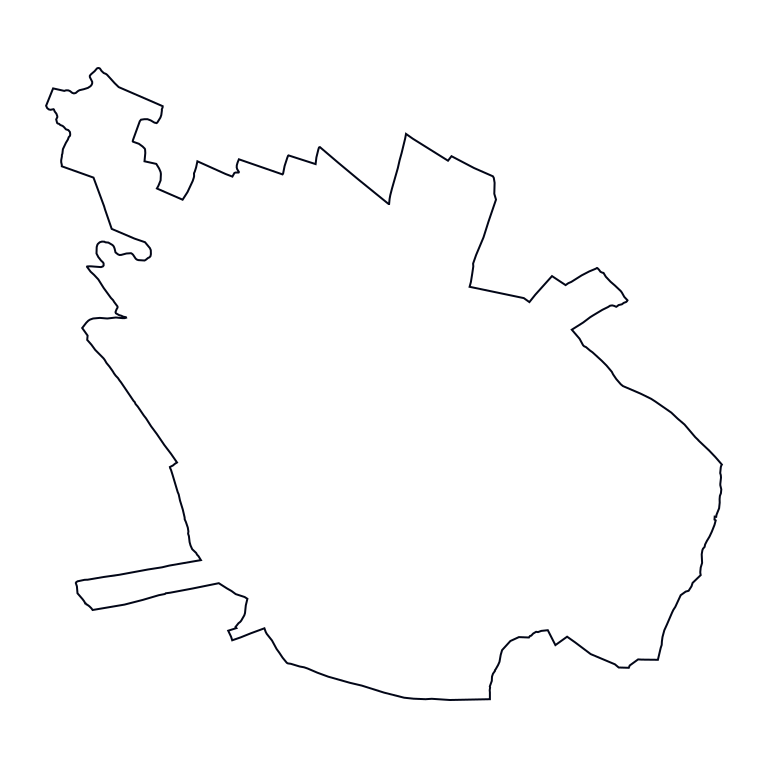 outline of Balasesti, Galati, Romania
{"feature_id": "2599482B78270721119928", "entity_name": "Balasesti", "entity_type": "district", "adm_level": 2, "iso_a3": "ROU", "parent_name": "Romania", "parent_adm1": "Galati", "projection": "equal_earth", "projection_center": [27.624, 46.103], "detail": "fine", "context": "isolated", "style": "outline", "palette": "ink", "viewbox_px": 768, "rotation_deg": 0, "n_neighbors": 0, "source": "geoboundaries", "source_scale": "gbopen_adm2", "svg_char_len": 5997}
<svg xmlns="http://www.w3.org/2000/svg" viewBox="0 0 768 768"><path d="M287.9,663.4L290.8,663.8L299.7,666.5L304.1,667.3L307.6,668.5L317.4,672.7L328.3,676.7L349.9,682.8L361.8,685.6L384.0,692.6L404.1,697.7L413.6,698.7L425.5,699.2L431.8,698.8L449.9,700.0L489.9,699.2L489.9,692.4L489.7,690.2L490.1,687.5L489.8,686.5L491.8,680.9L492.0,676.6L493.0,673.7L495.0,670.9L494.9,670.3L495.6,669.4L498.1,665.0L499.5,661.8L500.7,654.9L502.1,650.1L510.4,641.0L518.9,637.1L528.9,637.5L530.0,636.0L531.3,635.6L533.1,633.6L536.1,631.8L538.0,632.1L541.3,630.9L547.8,630.2L555.4,645.1L567.1,636.7L575.3,642.5L590.7,654.1L614.9,664.3L618.7,667.5L628.8,667.8L629.7,665.5L638.1,659.4L641.5,659.6L657.9,659.8L660.7,647.9L661.7,644.9L661.9,641.4L662.5,637.0L664.3,630.3L666.9,624.6L672.1,612.5L673.4,609.8L675.3,606.9L680.7,595.2L685.7,591.6L688.6,590.8L691.5,586.3L692.6,582.9L700.7,575.1L700.3,572.9L700.3,571.7L700.7,567.6L702.1,562.9L701.7,554.3L702.4,550.2L703.0,548.7L704.6,546.9L705.1,544.5L706.8,541.1L709.5,536.6L711.8,531.7L714.5,524.9L715.7,520.4L714.5,519.6L714.7,516.6L716.2,516.8L716.5,514.8L719.1,508.3L719.7,502.7L719.6,499.2L719.9,495.9L720.9,493.3L721.3,489.4L720.3,485.2L720.3,483.9L721.0,477.6L720.8,475.1L720.2,473.1L720.8,467.2L721.3,465.5L721.9,464.6L715.4,457.1L709.3,450.7L698.4,440.4L698.4,440.2L695.2,437.1L684.5,424.5L677.7,418.7L671.3,412.6L655.3,401.5L651.1,398.8L640.5,393.6L623.0,386.1L620.8,384.3L616.3,379.1L613.1,374.4L611.8,371.8L606.5,365.5L601.7,360.7L592.5,352.3L590.1,350.6L586.0,347.1L584.2,346.3L583.5,345.7L583.0,345.1L579.6,338.8L571.8,329.7L583.2,322.5L590.2,317.2L592.9,315.5L602.4,309.8L608.1,307.0L610.1,305.7L612.2,305.4L614.2,305.9L616.2,306.8L617.4,306.1L618.5,305.1L621.9,304.3L623.7,302.9L626.1,302.0L626.9,301.3L627.5,300.3L624.3,296.9L621.9,292.6L620.8,291.1L614.9,285.5L610.6,281.8L605.8,276.7L603.5,272.9L602.4,272.7L600.5,271.8L598.9,269.6L597.4,268.1L596.9,268.0L595.8,268.7L589.3,271.4L581.6,275.4L571.3,281.9L568.3,283.2L565.6,285.1L552.0,276.1L535.3,294.7L529.4,302.1L523.8,298.1L469.6,286.8L470.9,282.0L472.2,273.9L473.3,266.4L473.1,263.6L476.1,255.0L483.5,237.4L488.5,221.6L496.0,199.6L494.3,193.8L494.6,182.8L493.8,177.9L492.9,176.3L474.0,168.0L451.5,156.2L448.0,160.7L412.8,138.7L406.0,133.9L405.2,138.3L401.6,153.1L399.6,160.3L397.8,168.2L392.0,188.5L390.3,195.1L389.6,198.9L389.1,204.0L388.6,204.0L358.5,179.6L338.2,162.7L319.9,147.1L319.0,147.5L318.4,149.3L316.4,157.4L315.6,164.1L288.5,155.4L288.1,155.7L287.3,157.7L284.6,166.0L283.1,173.6L282.5,174.4L238.9,159.3L237.6,162.5L236.8,165.3L236.7,167.4L237.2,169.2L238.9,172.0L238.6,172.5L235.6,172.5L234.4,173.0L232.4,176.6L225.6,174.0L197.4,161.3L196.1,167.4L194.8,171.5L194.0,173.3L194.1,176.1L193.8,177.6L192.7,181.0L187.5,192.1L182.6,199.7L156.9,188.5L158.4,185.8L160.6,180.4L160.9,174.0L160.6,172.0L159.1,168.5L156.3,163.9L144.5,161.3L145.3,153.0L145.1,149.8L144.8,148.7L142.6,146.5L138.9,143.8L133.0,141.7L132.7,141.2L133.1,139.7L139.8,121.2L141.0,119.7L144.4,119.2L147.5,119.2L150.7,120.4L154.4,122.6L156.6,123.1L157.4,122.4L160.4,117.6L161.3,115.0L161.9,110.5L161.8,109.4L162.6,107.4L162.7,106.2L118.7,87.1L114.6,83.1L107.1,74.8L105.9,73.9L103.7,73.0L101.5,70.9L100.0,68.6L98.8,68.0L97.7,68.1L96.9,68.5L94.6,71.2L91.1,74.2L89.9,75.6L89.8,76.2L89.9,77.2L92.2,81.8L92.2,83.3L91.7,84.7L90.5,86.2L87.9,87.9L83.8,89.2L79.5,90.2L77.8,91.2L75.7,93.0L73.9,93.4L72.3,92.9L70.0,91.1L68.4,90.4L66.1,90.3L64.3,90.9L53.1,88.4L46.1,105.8L47.2,108.1L48.8,109.4L50.5,109.8L53.5,109.2L53.9,109.5L54.7,111.5L56.4,113.7L57.3,116.2L57.3,117.2L56.2,119.4L57.1,122.9L57.8,123.5L59.1,123.9L60.3,125.0L62.6,125.9L64.0,127.1L65.9,129.3L68.3,130.1L69.8,131.8L70.1,133.0L70.2,134.9L69.9,135.9L68.7,137.2L67.9,139.5L65.9,142.8L62.9,149.2L62.4,153.6L61.9,155.0L61.9,156.4L61.2,160.2L61.2,162.2L61.8,164.9L61.8,166.3L93.5,177.6L104.1,206.3L105.0,209.4L111.7,228.9L134.5,238.6L145.0,242.2L149.9,248.1L150.8,250.2L150.9,254.1L150.5,256.1L149.5,257.3L148.0,258.0L145.8,259.8L144.6,260.5L138.3,260.1L136.9,259.6L135.7,258.7L133.1,254.8L132.2,253.9L131.0,253.2L126.4,253.5L121.2,254.9L119.5,255.0L117.9,254.3L115.5,252.4L114.6,248.6L114.0,247.0L113.3,245.8L112.3,244.9L108.4,242.6L105.4,242.3L104.3,241.7L101.9,241.6L99.7,242.3L97.9,243.9L97.4,244.7L96.7,247.0L96.5,253.5L98.4,257.2L99.4,258.4L100.9,260.4L103.2,262.6L103.6,263.6L103.6,265.5L102.9,266.4L101.0,267.1L90.5,266.3L87.7,266.4L87.1,266.5L87.0,266.8L90.6,271.7L94.1,274.9L98.3,279.4L103.7,288.0L110.9,297.9L113.1,300.2L114.1,301.9L117.4,306.3L117.6,307.0L117.5,307.7L116.5,309.4L115.5,312.1L115.9,313.3L119.1,315.1L121.2,315.7L123.3,316.7L125.9,317.2L126.1,317.7L124.8,318.1L122.1,318.1L115.9,317.5L107.3,318.5L99.8,317.9L93.1,318.5L90.0,319.6L88.3,320.7L86.3,322.7L82.2,328.0L87.6,335.6L87.2,339.9L91.5,344.8L95.2,349.9L103.5,358.3L104.7,359.9L106.5,363.0L109.4,366.5L112.9,371.5L114.0,373.4L115.7,375.7L118.0,378.1L119.5,380.4L121.0,382.3L133.7,401.1L134.6,401.9L135.6,404.1L137.7,406.5L143.8,415.5L146.0,418.3L151.1,426.3L156.9,434.1L164.3,445.0L171.0,453.8L177.0,462.5L174.9,463.8L172.9,465.5L169.9,467.0L170.1,468.0L171.0,469.9L172.7,475.3L177.7,492.1L178.7,494.4L180.0,500.5L182.8,509.6L184.6,517.4L184.7,519.3L185.9,522.0L187.8,527.6L188.4,531.5L188.1,533.7L188.9,536.1L189.6,542.1L190.5,545.4L192.2,549.2L196.2,553.0L197.0,554.6L198.5,556.2L200.9,560.1L169.2,565.6L162.1,567.3L147.9,569.5L119.2,574.8L103.6,577.0L87.7,579.7L84.7,579.8L77.6,581.3L76.3,582.1L75.8,583.0L76.9,586.3L77.5,593.3L82.6,599.2L84.3,601.5L85.2,603.4L85.6,603.3L86.5,604.5L87.1,604.6L89.4,606.3L91.4,608.3L92.6,610.0L124.5,604.6L142.8,599.9L158.8,595.2L164.9,594.0L165.7,593.3L170.2,592.7L192.6,588.5L218.8,583.2L227.1,588.5L231.5,591.0L235.7,594.1L244.6,597.0L247.4,598.8L245.8,605.4L245.0,613.1L244.3,615.3L241.2,620.7L240.2,621.9L238.5,623.2L235.5,627.0L236.4,628.1L228.2,630.7L231.1,636.8L232.2,640.3L240.6,637.4L250.8,633.3L264.4,628.3L265.7,631.9L266.7,633.8L272.0,640.5L276.6,649.0L279.5,653.0L282.6,657.7L286.8,662.8L287.9,663.4Z" fill="none" stroke="#020617" stroke-width="2"/></svg>